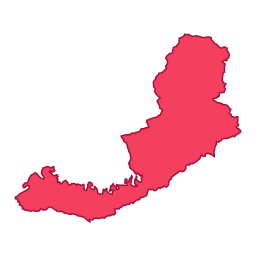 Tsoelikana, Qacha's Nek, Lesotho (Robinson projection)
{"feature_id": "5366337B78317491468351", "entity_name": "Tsoelikana", "entity_type": "district", "adm_level": 2, "iso_a3": "LSO", "parent_name": "Lesotho", "parent_adm1": "Qacha's Nek", "projection": "robinson", "projection_center": [28.859, -29.907], "detail": "fine", "context": "isolated", "style": "filled", "palette": "rose", "viewbox_px": 256, "rotation_deg": 0, "n_neighbors": 0, "source": "geoboundaries", "source_scale": "gbopen_adm2", "svg_char_len": 5893}
<svg xmlns="http://www.w3.org/2000/svg" viewBox="0 0 256 256"><path d="M15.4,197.1L15.4,198.8L17.5,199.1L17.9,201.6L19.0,201.5L18.9,202.5L20.2,203.3L20.3,203.7L19.4,204.4L19.5,204.9L22.2,206.2L22.2,207.0L22.6,207.2L22.3,207.5L22.3,208.7L25.7,210.3L26.2,210.1L27.9,210.7L29.3,210.6L30.9,211.3L31.8,210.8L33.2,210.6L36.6,211.4L39.5,210.8L40.6,208.6L41.1,208.6L43.0,210.1L46.0,209.8L47.9,208.2L48.4,207.2L50.3,206.9L52.9,208.1L54.9,209.8L56.2,210.2L56.5,210.9L57.7,210.9L58.7,211.7L61.4,211.1L61.5,211.5L62.8,211.9L64.5,213.3L65.5,212.9L68.8,214.1L71.0,214.4L71.9,213.6L77.1,215.0L77.4,215.7L81.8,216.5L84.7,217.8L87.5,220.4L90.0,221.8L89.5,219.8L92.8,219.8L94.5,218.3L99.8,218.4L102.6,217.5L104.1,218.2L104.8,218.0L105.8,216.9L108.4,215.4L109.0,216.0L111.8,214.9L114.2,214.7L115.6,213.2L114.9,211.3L115.0,209.0L119.5,208.8L119.9,207.6L121.8,206.9L123.3,205.2L124.5,205.6L127.7,204.4L129.3,204.4L130.5,202.7L131.7,202.6L132.9,203.4L136.4,200.2L139.5,199.6L140.4,197.4L142.2,197.5L146.2,195.7L146.7,195.2L147.7,191.4L148.6,189.2L149.2,189.1L150.8,189.8L153.1,189.4L154.2,190.6L155.0,190.6L155.9,190.5L158.5,187.6L160.0,188.4L160.7,187.5L162.1,187.6L163.8,186.3L166.6,187.0L168.3,185.4L168.9,181.6L169.7,180.2L170.9,179.3L171.7,177.1L179.9,171.0L180.4,170.8L182.3,171.8L184.4,170.8L185.9,168.3L185.6,165.9L186.0,165.5L188.1,164.5L189.4,165.2L190.2,163.7L192.7,163.7L196.0,161.8L199.5,159.0L201.3,155.3L203.9,156.5L205.2,156.2L205.2,154.8L206.0,153.6L208.2,153.3L212.0,154.8L214.3,156.6L214.3,154.9L213.7,151.7L214.5,150.4L215.0,146.6L216.5,144.1L216.2,142.4L216.8,141.7L218.4,142.1L221.5,140.2L222.2,138.9L223.6,138.5L227.5,138.4L232.8,136.1L233.4,136.1L234.7,136.8L235.6,135.0L237.1,134.7L240.6,132.0L240.5,130.5L238.7,129.3L238.8,128.5L237.1,128.2L236.1,127.4L236.3,126.7L238.4,125.6L238.6,124.8L237.0,122.1L237.9,120.9L237.6,119.2L238.0,117.0L237.2,116.6L234.9,117.4L231.9,116.7L230.8,114.2L229.4,113.7L229.4,112.3L230.9,109.3L229.1,108.1L228.6,106.8L227.4,105.6L226.0,104.9L223.0,104.6L222.2,104.2L222.0,103.5L220.7,103.4L219.5,102.8L217.4,102.8L215.6,101.3L213.7,100.7L213.2,100.1L213.3,98.5L216.8,97.9L217.3,96.7L218.1,96.9L218.4,96.1L219.0,96.1L219.5,93.1L220.2,92.6L223.2,92.6L224.2,92.1L225.3,89.1L224.2,86.2L225.3,85.2L225.8,83.7L223.0,82.7L223.1,81.5L222.2,80.5L222.2,79.7L222.9,74.0L223.5,72.8L224.5,72.2L224.5,66.2L225.1,63.9L222.1,61.7L224.3,60.2L225.4,60.8L226.9,60.6L226.9,59.6L226.5,58.8L228.6,57.9L229.2,55.5L229.0,53.5L226.7,49.9L227.1,48.3L224.5,46.9L223.8,47.0L222.0,48.1L220.3,47.8L218.9,46.8L216.6,44.2L214.7,43.7L213.6,41.9L211.8,40.4L211.0,38.6L211.4,38.0L210.4,37.2L209.2,37.0L202.1,37.6L199.7,36.4L198.4,36.5L196.2,35.7L195.5,36.2L192.6,36.3L190.6,35.7L188.9,34.5L185.7,34.6L184.7,34.2L183.7,36.4L179.2,38.3L179.1,42.1L178.7,43.5L177.2,44.9L176.6,46.3L173.5,47.4L172.6,50.7L172.7,51.9L172.5,52.5L171.1,53.4L169.6,53.5L166.3,56.6L165.8,58.2L167.0,59.9L167.7,62.6L167.1,64.3L165.6,66.3L166.4,68.4L162.3,72.5L160.9,73.1L159.0,73.2L158.2,74.9L155.9,77.1L155.2,79.8L154.5,80.2L153.3,82.1L153.7,86.9L155.2,88.6L155.5,89.5L154.8,90.7L154.6,91.8L157.6,95.9L160.2,97.7L157.0,101.1L159.5,105.9L159.8,108.3L162.3,109.6L162.1,111.0L160.1,115.1L159.9,115.4L158.5,115.4L157.9,116.4L156.2,117.3L153.3,117.9L147.0,120.2L146.5,122.3L148.0,124.1L148.0,125.0L148.7,126.5L148.8,127.1L148.4,127.5L145.4,127.8L144.4,128.7L141.2,128.7L140.1,130.9L138.8,131.8L135.5,132.5L134.0,133.3L131.6,133.1L129.7,135.0L129.1,134.5L126.5,134.9L125.9,134.7L121.2,136.0L121.3,136.8L123.5,139.8L123.8,141.3L126.5,143.2L127.3,145.5L127.6,147.9L128.9,150.0L128.6,151.2L129.3,152.0L129.3,152.6L130.4,153.7L130.3,155.5L130.8,157.5L130.6,159.3L129.6,161.9L128.8,162.7L129.6,163.7L129.4,164.1L129.0,164.0L129.0,164.7L129.5,164.7L129.7,165.6L130.2,165.8L129.8,167.8L133.8,170.8L134.0,171.8L134.8,172.2L134.8,173.0L136.4,174.3L136.9,174.0L137.2,173.1L137.6,173.0L140.3,176.0L140.6,176.1L141.2,175.2L142.3,175.5L142.2,177.2L141.2,178.2L141.6,181.0L140.6,182.4L139.4,182.1L138.4,181.0L137.3,180.6L136.3,178.5L136.4,177.7L136.9,177.1L136.6,176.2L136.3,176.2L135.9,178.2L134.8,179.5L134.7,183.2L135.5,185.0L137.0,185.2L136.8,186.2L133.9,186.6L130.7,184.6L130.6,183.8L131.2,182.5L131.5,179.2L132.1,177.8L132.1,176.3L131.7,175.7L130.7,177.8L129.7,178.6L128.7,181.6L128.2,182.2L126.9,182.2L126.9,179.7L126.6,179.0L125.6,179.0L125.1,179.5L124.9,183.1L126.5,183.1L127.1,184.3L127.1,185.2L126.2,185.6L124.4,185.2L119.8,185.2L116.6,184.7L116.5,186.2L118.0,186.1L119.0,188.5L118.6,189.0L116.3,189.4L116.3,187.8L116.0,186.8L113.9,185.8L113.3,183.9L112.5,184.2L111.8,185.9L110.6,186.1L110.5,188.5L109.5,191.0L110.1,191.1L111.8,189.7L114.1,190.3L112.3,192.1L112.4,194.0L111.9,194.5L109.2,193.3L107.2,191.7L106.5,190.0L106.9,189.6L106.9,188.8L106.3,188.4L104.4,190.8L103.8,189.3L103.3,189.3L103.0,190.1L103.3,191.3L102.8,192.4L102.6,193.8L100.8,193.9L99.7,194.5L98.1,193.3L97.6,192.4L97.2,189.3L94.6,186.3L94.2,186.5L94.6,188.6L93.3,189.7L91.1,188.5L90.2,187.6L90.1,187.0L91.2,185.9L92.2,185.7L92.6,184.5L91.8,183.3L89.5,182.0L88.9,182.4L87.6,184.9L87.8,186.9L86.7,189.2L86.7,190.3L86.0,190.5L85.0,190.1L83.8,189.1L84.2,188.5L83.9,187.3L84.1,185.3L83.5,184.4L81.4,185.4L78.1,184.1L77.2,184.2L77.2,184.9L76.7,185.3L74.8,183.6L71.6,183.6L70.3,184.9L69.4,185.2L68.3,184.1L67.7,182.6L65.7,180.4L63.7,181.3L61.5,183.8L60.2,183.8L60.2,182.6L58.4,181.6L57.4,183.1L57.9,179.1L56.6,178.8L56.4,178.4L56.9,177.4L58.1,176.7L57.5,175.1L56.4,174.7L54.6,175.9L52.9,175.3L51.3,173.2L49.1,171.7L49.8,171.0L52.9,171.9L54.4,171.3L54.8,170.6L53.9,169.3L53.9,167.0L53.1,166.6L50.9,168.1L48.6,166.7L47.0,166.7L43.0,168.0L41.6,171.4L41.5,173.7L43.9,177.1L44.1,178.9L43.2,179.2L39.8,177.2L37.0,173.9L35.6,172.9L34.9,172.9L33.1,174.2L31.3,175.0L29.0,178.5L27.8,182.6L24.6,183.2L22.9,185.5L23.4,187.6L24.3,187.9L27.3,185.6L28.3,185.4L29.3,186.9L29.2,188.2L26.7,190.1L20.0,193.7L17.3,196.2L15.4,197.1Z" fill="#f43f5e" stroke="#9f1239" stroke-width="1.5"/></svg>